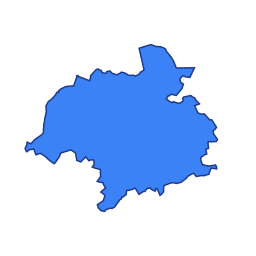 outline of Shira, Bauchi, Nigeria, rotated 103°
{"feature_id": "59680162B33775428128459", "entity_name": "Shira", "entity_type": "district", "adm_level": 2, "iso_a3": "NGA", "parent_name": "Nigeria", "parent_adm1": "Bauchi", "projection": "natural_earth1", "projection_center": [10.019, 11.46], "detail": "fine", "context": "isolated", "style": "filled", "palette": "blue", "viewbox_px": 256, "rotation_deg": 103, "n_neighbors": 0, "source": "geoboundaries", "source_scale": "gbopen_adm2", "svg_char_len": 4080}
<svg xmlns="http://www.w3.org/2000/svg" viewBox="0 0 256 256"><g transform="rotate(103 128 128)"><path d="M173.9,221.6L173.9,221.2L173.0,220.5L172.6,220.2L171.4,219.3L169.7,215.1L174.4,211.9L174.8,211.5L172.4,207.9L173.9,203.2L174.6,201.8L177.0,197.7L178.9,193.3L179.4,192.4L179.3,191.9L178.3,191.1L170.8,188.3L167.5,187.9L162.2,178.7L163.0,176.6L164.3,173.4L171.1,170.6L171.7,166.4L165.6,162.7L168.7,158.7L167.8,157.8L166.8,154.6L167.4,153.8L171.3,152.9L174.0,154.1L174.5,151.3L174.6,147.4L174.6,145.6L177.5,144.9L178.9,144.5L179.5,144.4L181.5,143.5L182.1,144.1L187.0,146.0L187.1,144.0L187.0,141.5L186.8,140.1L187.7,139.8L190.6,137.4L191.2,136.2L196.5,140.1L198.8,135.2L203.6,135.7L204.0,135.6L205.5,136.6L205.6,136.9L209.7,140.6L209.9,140.4L212.4,139.1L214.3,136.2L214.6,135.2L214.6,134.1L214.5,131.9L212.9,131.5L210.1,127.3L210.1,125.6L208.1,123.3L203.9,121.6L201.2,120.3L200.2,120.2L199.3,119.3L198.4,118.4L196.6,118.6L196.2,118.2L196.2,117.1L193.6,115.5L193.6,114.9L189.1,115.2L188.4,112.8L187.9,112.2L186.8,109.7L184.9,107.8L185.0,107.4L188.8,103.7L190.2,102.3L186.4,98.7L186.0,97.2L182.8,95.9L181.4,92.8L182.4,91.9L183.5,87.4L180.7,87.1L180.7,86.0L186.0,82.0L186.4,81.7L186.0,81.2L185.8,81.0L182.3,79.0L178.0,79.8L177.8,79.9L176.1,80.1L173.9,76.8L172.2,74.5L172.0,73.6L171.4,73.0L171.1,70.5L171.1,68.2L169.8,65.6L168.9,64.0L167.7,63.1L166.4,61.9L164.0,60.0L161.4,58.7L157.6,54.6L157.7,53.4L159.9,50.6L159.3,49.2L158.0,46.2L157.7,45.0L157.3,42.9L154.7,38.7L153.7,38.8L152.6,38.6L152.1,38.5L150.9,38.4L149.6,38.2L148.7,38.0L148.2,36.5L147.9,32.4L145.7,33.1L144.3,34.4L144.9,35.4L145.9,38.2L146.7,40.1L146.9,41.4L147.1,43.0L147.0,44.1L146.8,45.3L147.0,47.2L145.2,48.4L143.7,49.5L142.7,50.0L141.3,50.3L140.7,50.1L140.1,50.1L139.3,49.5L136.4,46.9L135.7,45.4L131.2,47.4L129.7,44.9L126.9,45.9L126.3,46.1L125.4,46.4L123.4,46.9L122.9,45.3L122.7,43.3L122.1,42.2L121.4,39.1L119.7,38.3L118.8,38.4L118.0,39.5L117.1,40.4L115.0,42.7L114.8,43.2L111.4,44.4L109.8,42.9L107.4,41.9L101.2,48.2L101.6,50.3L99.4,53.6L98.5,54.9L97.1,56.8L98.0,59.6L97.8,61.7L97.7,63.1L93.9,66.1L91.2,68.1L88.8,64.2L88.4,63.8L85.3,68.5L84.7,68.7L83.5,70.2L83.5,71.7L82.5,73.4L82.2,74.2L82.3,74.3L85.3,80.7L86.8,81.5L89.0,80.2L89.3,80.2L91.4,82.3L92.3,83.7L92.6,84.1L92.2,89.8L93.4,90.6L93.1,92.6L91.1,97.2L87.6,96.1L87.3,94.9L85.3,93.5L85.5,88.4L78.5,84.8L77.4,84.3L72.7,83.9L71.8,86.9L68.4,88.4L66.5,87.4L64.8,86.3L65.2,82.9L64.8,79.1L54.4,76.8L58.5,93.7L58.1,94.8L54.6,97.3L53.1,98.3L52.9,98.4L49.3,101.8L46.7,105.1L46.4,105.5L44.4,108.1L42.8,108.9L41.8,111.7L41.8,113.1L41.6,114.0L41.4,114.6L41.8,115.6L41.8,117.1L42.0,117.5L42.3,118.6L41.6,124.5L42.8,126.6L47.8,135.1L54.4,131.9L67.7,125.5L70.5,127.8L70.9,128.7L71.3,128.7L71.6,128.7L71.8,128.7L72.0,128.7L72.5,128.8L74.7,131.1L75.8,132.9L75.5,133.4L75.4,134.0L75.5,134.9L75.7,135.8L75.9,136.8L76.2,137.6L76.6,138.5L76.4,139.2L76.1,140.5L75.4,142.6L75.1,143.6L75.1,144.6L75.1,145.6L75.1,147.1L76.2,148.0L77.3,149.0L78.1,150.2L78.6,150.9L78.6,152.9L78.3,154.2L78.4,155.2L78.1,156.0L76.5,158.4L76.9,159.5L77.4,160.4L77.9,161.3L78.2,161.6L78.8,161.5L79.2,161.5L79.6,161.8L79.8,162.4L79.8,163.9L79.9,165.0L80.0,165.9L79.2,166.2L78.6,166.3L78.3,166.7L78.2,167.1L77.8,167.5L78.1,168.2L78.0,168.8L77.7,169.3L77.5,169.7L77.3,170.2L77.5,171.2L78.4,172.2L82.0,174.3L83.5,175.0L85.2,176.1L87.2,175.9L88.3,175.9L90.0,175.9L90.6,176.1L88.9,187.8L88.2,188.5L88.3,189.1L88.5,189.2L88.6,189.4L88.8,189.3L88.9,189.5L89.0,189.3L99.1,190.4L101.6,197.9L105.0,202.2L105.3,202.3L105.6,202.7L106.0,202.9L106.4,203.2L106.7,203.5L107.0,203.5L107.3,203.9L107.5,204.1L107.9,203.9L108.1,203.7L108.5,203.6L108.9,203.6L108.9,204.3L109.1,204.7L109.3,205.4L112.1,206.1L113.3,206.8L113.9,207.1L117.4,209.1L118.6,210.2L120.0,211.5L124.9,212.9L130.7,211.2L132.1,211.2L137.2,211.2L138.8,211.0L139.6,210.9L143.5,210.8L146.0,210.4L147.9,210.2L151.4,209.3L153.7,210.4L154.6,211.2L156.6,212.9L158.2,214.4L160.2,216.2L162.9,217.7L165.2,219.0L164.5,223.1L168.1,222.9L168.4,223.0L169.3,223.3L170.5,223.6L171.7,223.3L172.4,222.7L173.9,221.6Z" fill="#3b82f6" stroke="#1e3a8a" stroke-width="1.5"/></g></svg>